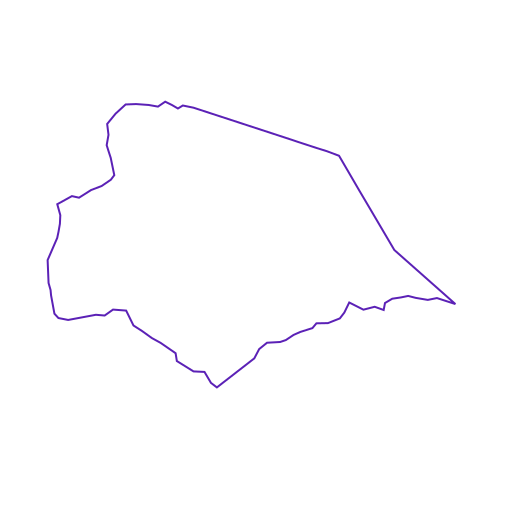 outline of Santa Terezinha, Pernambuco, Brazil, rotated 280°
{"feature_id": "56859067B87497954327615", "entity_name": "Santa Terezinha", "entity_type": "district", "adm_level": 2, "iso_a3": "BRA", "parent_name": "Brazil", "parent_adm1": "Pernambuco", "projection": "equal_earth", "projection_center": [-37.445, -7.446], "detail": "fine", "context": "isolated", "style": "outline", "palette": "violet", "viewbox_px": 512, "rotation_deg": 280, "n_neighbors": 0, "source": "geoboundaries", "source_scale": "gbopen_adm2", "svg_char_len": 1115}
<svg xmlns="http://www.w3.org/2000/svg" viewBox="0 0 512 512"><g transform="rotate(280 256 256)"><path d="M119.8,240.3L154.9,272.1L164.9,275.3L172.5,281.9L175.5,294.7L178.4,300.0L184.8,306.7L188.9,312.8L194.8,324.1L200.2,327.2L202.4,338.5L209.1,349.4L215.6,352.8L226.4,355.9L221.8,371.1L226.6,381.7L225.0,391.1L232.1,391.2L237.6,397.6L240.4,406.0L243.1,412.8L242.5,420.5L242.6,432.8L246.0,441.5L243.3,460.7L285.9,391.2L324.7,358.1L338.7,346.1L350.2,336.4L369.1,320.4L371.5,307.7L372.9,296.8L375.6,277.8L376.6,271.3L391.2,168.7L391.5,157.8L387.7,153.5L390.1,147.0L392.2,139.8L386.1,133.5L386.1,124.1L384.8,111.5L382.6,101.3L371.8,93.0L360.2,86.5L349.7,89.7L339.2,89.7L333.8,92.5L327.4,95.9L311.0,102.4L305.9,99.8L298.1,91.8L292.3,82.1L282.7,71.6L283.0,64.3L272.5,51.3L262.2,56.2L253.6,57.3L245.5,57.3L239.3,57.1L215.8,51.5L193.4,56.4L186.8,59.6L181.7,61.0L164.2,67.5L160.6,72.2L160.4,82.1L170.3,108.5L171.1,117.3L178.4,124.5L179.7,137.6L166.3,147.4L162.3,156.9L157.1,167.7L153.9,177.1L146.3,193.7L138.8,196.3L131.5,214.5L132.9,225.4L123.2,233.7L119.8,240.3Z" fill="none" stroke="#5b21b6" stroke-width="2"/></g></svg>